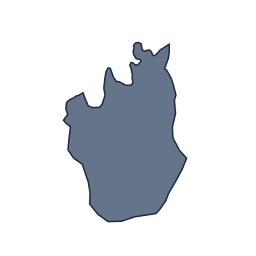 Udu, Delta, Nigeria, rotated 25°
{"feature_id": "59680162B80910542790982", "entity_name": "Udu", "entity_type": "district", "adm_level": 2, "iso_a3": "NGA", "parent_name": "Nigeria", "parent_adm1": "Delta", "projection": "equal_earth", "projection_center": [5.805, 5.485], "detail": "fine", "context": "isolated", "style": "filled", "palette": "slate", "viewbox_px": 256, "rotation_deg": 25, "n_neighbors": 0, "source": "geoboundaries", "source_scale": "gbopen_adm2", "svg_char_len": 1206}
<svg xmlns="http://www.w3.org/2000/svg" viewBox="0 0 256 256"><g transform="rotate(25 128 128)"><path d="M101.9,180.2L108.9,187.5L114.9,193.8L121.1,203.0L125.4,213.1L137.1,218.9L149.4,221.3L161.6,215.2L171.4,205.8L189.5,193.7L191.4,187.5L193.0,177.8L192.4,169.9L193.6,157.5L193.9,153.3L194.5,142.4L193.9,130.6L184.0,126.5L179.7,123.2L173.0,118.1L168.0,108.9L164.9,94.6L158.3,83.2L157.5,77.9L150.7,69.5L146.6,65.2L142.8,62.2L138.5,59.2L136.1,58.9L135.1,47.8L133.4,42.0L129.9,34.7L126.3,40.5L124.2,43.5L122.9,48.1L121.7,51.3L119.5,51.4L117.1,49.2L115.2,48.2L113.2,48.9L111.0,51.2L108.1,51.2L106.4,49.2L104.4,46.2L101.6,46.0L99.1,47.5L98.1,50.6L99.5,52.6L100.4,56.7L102.7,59.6L106.2,61.8L110.3,60.8L111.6,61.9L110.8,65.4L108.7,67.9L104.6,66.9L103.1,67.3L103.0,70.3L105.4,72.5L109.4,77.7L110.7,81.2L113.2,84.6L112.7,87.9L107.8,90.2L100.5,89.8L97.8,90.7L93.4,88.2L86.6,81.3L84.5,82.1L84.3,86.5L86.1,92.7L89.2,102.0L93.3,107.9L94.5,117.3L93.4,121.4L86.6,124.7L82.4,124.6L76.8,119.5L72.4,115.1L69.3,119.4L67.4,121.0L65.7,124.1L63.5,126.5L61.5,130.8L63.4,136.5L67.6,141.3L66.2,148.2L69.7,149.9L75.3,151.2L78.8,161.8L82.8,173.1L91.5,178.3L101.9,180.2Z" fill="#64748b" stroke="#1e293b" stroke-width="1.5"/></g></svg>